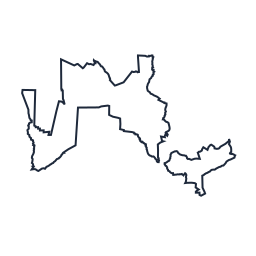 the district of Sanctórum de Lázaro Cárdenas, Tlaxcala, Mexico, rotated 261°
{"feature_id": "50627088B96340121149658", "entity_name": "Sanctórum de Lázaro Cárdenas", "entity_type": "district", "adm_level": 2, "iso_a3": "MEX", "parent_name": "Mexico", "parent_adm1": "Tlaxcala", "projection": "albers", "projection_center": [-98.463, 19.523], "detail": "fine", "context": "isolated", "style": "outline", "palette": "slate", "viewbox_px": 256, "rotation_deg": 261, "n_neighbors": 0, "source": "geoboundaries", "source_scale": "gbopen_adm2", "svg_char_len": 5862}
<svg xmlns="http://www.w3.org/2000/svg" viewBox="0 0 256 256"><g transform="rotate(261 128 128)"><path d="M100.7,39.6L102.5,41.5L102.6,42.4L103.5,44.6L104.2,45.7L104.3,46.4L104.8,47.1L105.2,48.7L106.0,49.4L106.7,50.9L108.4,52.8L108.8,54.9L109.3,55.2L109.7,56.2L110.5,57.1L111.4,58.0L111.9,58.1L112.5,59.1L113.4,59.7L113.6,60.1L113.5,60.9L114.0,60.7L116.4,65.9L119.1,73.5L156.0,81.8L152.9,102.4L153.5,104.9L153.3,111.6L152.7,112.9L143.9,111.4L141.5,114.9L139.6,119.8L138.6,121.7L133.1,121.1L128.1,120.0L126.6,123.6L125.6,123.4L123.4,131.2L122.6,133.1L121.7,133.2L121.6,133.9L120.7,134.2L120.9,134.6L120.3,135.3L120.3,135.8L119.8,136.6L118.2,136.6L116.5,137.4L116.4,137.8L115.6,138.2L114.9,138.2L114.6,137.7L113.8,138.1L113.2,138.1L112.6,139.0L112.2,138.9L112.0,139.0L111.8,139.3L112.1,140.2L111.0,140.7L110.8,141.2L110.5,141.2L109.5,142.6L109.1,142.4L108.7,142.5L108.7,143.0L107.7,142.6L107.5,143.0L106.0,143.0L105.5,143.4L104.2,143.0L103.3,143.4L102.5,143.3L100.3,143.6L99.2,143.9L97.9,144.7L97.3,145.4L97.0,146.2L96.3,146.8L96.0,147.3L96.0,148.5L95.6,149.1L94.3,149.9L93.3,150.2L92.1,151.4L91.9,151.5L91.4,151.2L90.5,151.3L89.7,151.9L89.5,152.9L90.1,153.0L90.9,153.6L91.4,153.6L92.0,153.1L93.3,153.6L93.7,153.1L94.2,153.0L101.4,154.2L107.1,154.9L108.6,157.7L109.3,160.8L109.8,159.6L114.4,159.3L113.2,162.9L113.8,162.8L116.0,164.1L114.2,165.5L115.3,166.2L116.4,165.7L117.6,164.5L117.9,164.7L118.7,167.2L119.1,168.0L119.9,168.7L121.2,169.1L123.0,169.1L126.6,168.8L127.6,167.9L128.2,166.6L129.9,165.2L130.3,165.2L131.0,164.6L131.1,163.9L131.6,164.2L132.2,164.2L132.7,165.2L133.3,165.7L134.0,166.1L134.3,166.0L135.3,166.9L135.6,166.8L135.9,167.1L137.1,167.0L138.4,168.0L139.3,167.6L140.7,167.7L142.5,168.5L142.9,168.9L144.6,169.7L146.2,169.9L146.9,167.9L147.5,168.0L147.8,167.0L151.0,162.5L152.0,163.7L152.2,163.3L153.0,163.0L154.5,161.4L156.4,158.4L157.4,157.5L158.4,155.7L160.0,155.1L161.0,153.9L161.8,153.3L164.4,153.1L165.9,153.3L166.6,153.8L168.0,154.3L168.9,154.9L170.1,156.0L172.7,156.9L173.8,158.7L175.2,159.6L175.6,160.6L176.8,160.8L176.9,161.4L177.1,161.7L177.8,161.8L179.0,161.8L179.5,162.7L180.2,162.1L181.1,162.3L181.0,161.8L181.5,161.2L182.2,161.0L182.6,161.4L183.5,161.2L184.0,161.6L184.1,162.2L185.0,161.9L186.1,162.2L187.1,161.9L188.4,162.3L189.8,162.3L192.8,163.5L193.3,163.3L194.1,164.1L194.8,163.4L195.8,163.5L196.0,163.0L195.7,161.2L196.0,160.1L195.4,159.9L195.6,157.9L196.6,156.3L198.1,149.2L196.9,149.0L181.6,147.6L181.6,146.8L181.9,146.3L181.7,146.0L182.3,145.5L182.7,144.6L182.4,144.0L182.4,142.3L183.1,140.8L173.8,130.8L172.1,122.7L172.0,121.6L178.2,117.6L178.8,118.0L179.5,118.0L180.0,117.7L180.7,117.8L181.1,117.5L183.4,117.2L184.7,116.7L186.0,115.7L187.1,114.4L188.1,113.9L189.5,113.9L190.2,113.3L191.6,112.8L193.0,111.8L193.1,111.1L194.1,110.5L194.6,110.5L195.4,110.1L196.7,109.1L197.6,108.7L198.2,108.1L198.3,107.4L198.6,107.2L198.8,106.3L199.3,106.0L199.4,105.5L200.2,104.9L199.8,104.8L197.0,105.8L197.0,105.0L195.6,103.8L197.1,101.1L197.1,99.5L198.4,97.7L194.7,93.8L194.1,92.7L199.1,88.4L199.1,87.5L198.2,84.7L206.3,72.6L176.9,68.2L176.5,68.8L175.5,68.4L175.2,69.4L166.9,68.3L165.7,68.7L161.2,69.1L162.7,68.2L164.4,66.7L165.2,64.0L155.8,59.9L133.2,50.8L133.6,48.4L136.6,49.6L136.9,44.0L138.9,44.3L139.3,40.6L141.2,40.9L141.4,39.1L142.9,39.3L143.2,37.0L144.1,37.1L145.0,35.8L179.9,42.3L182.1,29.8L179.0,28.9L161.7,32.5L158.0,32.0L156.7,32.2L153.9,32.2L153.1,32.3L152.1,32.9L151.0,33.1L150.5,34.1L148.7,33.8L148.7,32.4L148.2,31.2L147.9,30.9L146.8,30.7L146.2,29.8L145.7,29.8L145.1,30.2L143.0,29.9L142.5,29.5L141.9,28.5L141.3,28.3L139.5,28.5L137.9,28.1L137.6,28.3L136.6,29.4L134.8,29.3L133.3,30.6L132.9,30.4L132.3,30.6L131.7,30.4L130.8,32.2L130.5,32.3L129.7,32.0L128.5,32.5L128.1,32.4L127.5,31.7L126.6,32.0L126.1,31.7L125.9,32.5L125.6,32.9L125.4,32.9L124.9,32.8L124.4,32.3L122.9,32.2L122.5,31.8L121.8,31.9L121.1,31.8L120.8,31.4L119.0,31.4L118.5,31.0L118.0,30.9L116.9,30.2L115.2,28.9L113.7,28.4L113.4,28.4L112.6,28.9L112.0,28.9L109.9,28.3L108.5,27.6L107.7,28.3L107.1,28.5L105.8,28.5L104.8,28.9L104.8,28.2L104.5,28.5L102.1,26.4L102.1,28.9L101.7,30.2L100.0,32.0L99.6,32.8L101.4,36.7L101.4,38.6L100.7,39.6ZM84.2,229.6L84.5,229.1L85.2,228.4L86.3,226.7L86.1,226.3L86.6,224.9L86.8,224.7L87.1,224.7L88.2,225.9L88.7,226.3L90.8,226.6L92.1,226.7L93.4,226.5L96.3,225.2L98.6,226.5L100.5,226.2L100.5,225.9L99.8,225.8L99.3,225.4L97.1,221.7L95.1,216.4L93.9,215.1L93.5,214.3L93.5,212.5L94.3,210.3L95.5,210.4L96.2,210.1L98.2,208.0L98.5,207.6L98.3,206.7L96.5,204.5L94.0,203.1L97.2,199.4L95.3,197.8L94.2,197.4L93.4,195.7L93.4,194.2L92.8,193.6L92.7,193.1L86.3,194.1L87.1,190.8L87.2,188.9L86.6,185.6L87.9,183.6L88.0,182.3L88.7,181.9L88.8,181.6L90.3,181.5L91.5,180.9L91.5,180.4L92.1,179.5L92.6,177.5L93.7,175.3L95.6,173.6L97.1,173.1L97.6,172.2L97.5,170.9L97.6,170.5L96.5,166.9L95.9,166.6L95.0,165.8L93.5,165.7L92.4,165.1L91.4,165.0L90.7,164.3L89.5,163.8L89.3,163.4L89.0,163.1L88.8,162.0L88.2,161.1L87.6,159.6L87.6,158.7L86.9,158.5L86.3,158.5L85.8,158.9L85.2,159.0L84.7,159.3L84.5,159.8L83.9,160.2L83.5,160.2L82.9,160.5L81.9,160.3L80.9,160.7L80.6,161.0L79.6,160.9L78.7,162.3L77.9,162.6L76.6,163.9L76.4,165.4L74.6,165.3L74.5,166.5L74.6,166.8L74.4,168.4L74.5,169.6L74.1,171.5L74.3,171.9L74.1,172.5L74.2,174.0L73.4,174.4L73.0,175.2L72.6,175.4L74.4,177.3L73.8,177.9L73.2,177.8L72.4,178.3L70.5,177.5L69.0,177.7L65.8,176.7L64.7,175.9L64.6,177.9L64.0,182.3L63.1,185.4L62.1,186.4L58.7,185.5L56.2,188.2L55.3,186.0L53.8,185.7L54.1,185.0L53.5,184.9L53.0,188.5L50.7,188.2L49.7,189.6L51.2,193.9L52.9,193.6L57.4,192.3L69.3,193.9L69.8,195.6L70.5,196.5L70.6,197.1L71.0,197.8L71.4,199.8L71.9,200.5L72.1,201.9L73.1,203.1L73.6,204.3L73.5,206.5L73.3,207.1L73.7,208.1L74.0,208.4L75.2,211.9L75.3,213.5L75.9,214.4L76.1,215.3L76.0,216.4L78.0,218.9L79.4,220.0L79.7,220.6L80.6,222.6L80.8,224.2L82.1,228.5L83.4,229.0L84.2,229.6Z" fill="none" stroke="#1e293b" stroke-width="2"/></g></svg>